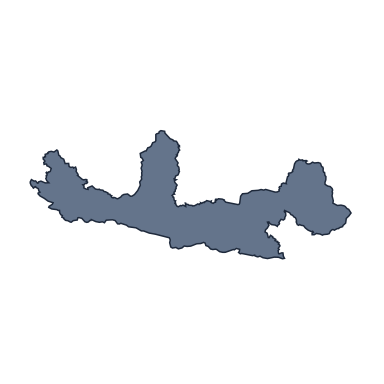 Pyinoolwin, Mandalay, Myanmar, rotated 284°
{"feature_id": "60261553B76986100212845", "entity_name": "Pyinoolwin", "entity_type": "district", "adm_level": 2, "iso_a3": "MMR", "parent_name": "Myanmar", "parent_adm1": "Mandalay", "projection": "robinson", "projection_center": [96.329, 22.676], "detail": "fine", "context": "isolated", "style": "filled", "palette": "slate", "viewbox_px": 384, "rotation_deg": 284, "n_neighbors": 0, "source": "geoboundaries", "source_scale": "gbopen_adm2", "svg_char_len": 6048}
<svg xmlns="http://www.w3.org/2000/svg" viewBox="0 0 384 384"><g transform="rotate(284 192 192)"><path d="M249.9,296.1L250.2,295.3L249.1,292.1L249.9,291.6L249.1,289.3L249.6,287.8L248.6,287.8L247.4,286.1L246.4,285.4L244.1,284.7L239.1,284.9L237.4,284.3L236.2,284.8L234.4,283.2L233.8,281.4L232.8,281.1L232.2,281.8L230.6,281.7L230.0,281.0L223.7,281.0L222.9,281.5L222.8,278.4L221.4,276.9L219.1,277.2L218.4,275.7L217.5,275.4L216.5,276.3L215.4,275.8L214.1,276.4L212.7,274.8L212.0,272.8L212.3,262.8L211.2,261.2L211.1,258.4L209.7,255.9L207.7,249.8L204.2,246.4L202.5,241.4L199.6,240.2L192.7,241.0L191.5,240.7L190.9,239.6L190.3,227.2L191.7,225.0L192.1,225.1L192.4,223.0L191.8,219.2L190.1,217.7L190.9,217.1L190.6,216.6L189.6,216.6L189.5,217.5L188.4,216.9L187.7,217.2L187.5,216.4L186.1,215.3L186.5,212.9L187.9,212.9L187.2,212.0L187.2,208.3L185.8,207.3L185.4,206.4L184.7,206.4L184.5,205.2L183.5,204.3L183.7,203.1L183.1,203.5L182.5,202.4L181.6,202.0L181.9,200.6L179.3,197.8L178.6,195.9L179.0,195.3L178.4,192.1L179.0,191.1L178.6,189.3L179.6,188.7L179.6,188.2L176.4,189.4L177.1,186.4L176.0,185.0L176.1,184.1L174.4,182.3L174.5,181.0L176.1,179.2L177.1,178.9L176.9,178.2L179.4,178.2L179.1,177.6L179.9,176.6L182.4,175.6L182.4,174.8L183.2,174.6L183.8,173.5L185.2,174.3L185.7,175.6L186.5,174.8L187.8,174.7L188.4,175.5L190.6,175.2L191.4,175.8L193.0,175.3L195.1,175.9L197.2,173.0L198.7,172.2L200.1,173.7L200.1,171.6L200.5,171.4L201.0,172.1L203.6,172.3L205.2,174.3L209.0,174.8L209.5,173.9L210.4,174.2L212.9,173.2L214.0,171.5L215.2,171.1L216.8,171.5L220.3,167.6L221.6,167.7L223.3,168.8L224.1,168.1L224.3,168.9L226.0,168.6L227.2,169.2L228.9,169.2L229.7,169.9L231.9,167.9L233.0,167.8L232.9,168.9L234.0,168.6L234.7,166.8L235.6,166.5L237.4,164.6L237.2,161.6L238.0,160.9L238.4,157.9L242.6,151.5L244.3,150.8L244.0,147.0L242.7,145.6L241.1,145.6L239.8,143.5L239.0,143.0L233.0,144.5L231.7,144.0L230.3,141.9L226.8,141.3L225.2,140.1L224.2,138.4L220.8,137.6L220.5,136.6L216.9,132.4L213.2,133.9L212.8,135.3L210.8,137.2L208.6,135.5L206.2,137.2L202.8,136.9L199.9,138.6L198.5,138.5L195.9,139.4L194.5,139.1L192.3,140.1L189.1,138.8L186.1,140.2L180.3,139.0L175.6,136.8L173.4,134.7L173.0,133.4L174.5,130.0L173.1,126.4L171.8,125.0L169.9,124.1L167.5,121.6L167.4,120.6L167.9,118.5L167.7,117.2L167.2,117.0L167.3,115.5L168.3,114.6L168.9,115.0L169.2,113.5L169.9,113.0L169.8,110.9L170.7,110.7L171.3,108.0L171.2,106.5L172.2,105.1L171.8,102.4L172.3,101.3L171.7,100.3L171.5,97.6L173.7,93.6L170.9,89.8L169.4,90.5L169.2,88.7L169.8,86.1L171.6,85.8L172.6,84.4L172.9,85.4L174.5,86.3L174.8,87.7L175.9,88.3L176.3,88.3L176.8,87.0L177.2,87.4L178.5,87.0L178.5,86.0L177.6,83.9L177.7,82.5L180.3,77.1L180.6,77.5L181.6,77.1L183.9,74.6L185.9,74.4L188.0,73.0L186.7,71.4L187.1,71.3L187.3,70.2L186.5,68.4L187.0,66.6L189.9,65.4L188.9,62.0L192.8,59.6L193.6,56.4L195.1,55.1L195.4,53.9L199.4,51.9L200.1,50.7L197.4,48.4L197.4,45.6L196.3,43.3L195.1,42.5L194.5,42.9L193.0,40.4L190.9,41.2L190.7,40.5L189.9,40.6L189.6,39.2L187.9,39.7L186.8,41.5L185.8,41.9L184.9,41.0L183.0,41.8L183.9,43.6L183.7,44.3L182.3,44.9L182.1,46.7L180.8,49.7L177.7,49.5L176.9,48.7L176.9,48.1L175.8,47.6L176.1,46.2L175.4,45.8L174.2,47.1L172.9,47.2L172.7,46.6L170.8,47.2L169.7,46.9L167.8,48.4L166.3,50.8L165.3,47.4L166.0,42.8L164.7,40.7L163.3,40.4L163.2,39.9L164.9,37.6L164.4,36.0L165.2,33.2L162.7,32.6L161.5,32.9L159.2,34.6L158.7,35.9L157.7,36.7L157.4,37.3L159.1,38.3L159.4,39.0L158.7,39.4L158.1,42.0L155.9,43.2L155.1,44.5L153.7,42.9L153.0,43.1L151.4,45.5L150.1,50.2L148.3,54.6L148.0,59.8L146.2,59.4L143.5,56.8L142.4,56.7L141.6,60.0L142.2,65.1L141.7,66.8L142.1,67.9L139.8,68.7L138.2,70.3L137.8,71.9L136.1,71.8L135.7,73.9L135.1,74.0L133.9,76.1L134.1,78.6L133.4,81.1L133.5,82.2L135.5,83.7L137.1,87.5L139.2,87.4L139.8,88.4L139.8,91.5L137.2,95.3L137.1,97.3L137.9,98.8L139.6,99.7L139.9,100.8L140.9,100.9L140.0,105.8L140.2,109.5L141.4,112.3L141.0,114.5L143.9,115.6L145.8,121.6L145.7,124.4L143.1,127.5L143.4,129.3L144.4,130.5L144.0,136.5L142.9,138.8L143.7,146.4L142.0,152.2L142.5,154.5L141.8,160.4L142.2,166.6L142.1,181.1L140.2,182.5L137.4,182.6L133.5,184.7L132.9,186.6L134.3,189.8L133.5,192.5L135.3,195.8L137.7,197.5L138.0,200.4L139.2,203.9L142.9,209.1L144.1,212.9L145.9,215.5L145.6,217.1L143.4,218.4L143.1,221.0L141.2,223.8L141.2,226.1L142.2,228.6L142.2,229.8L140.8,233.2L140.9,236.5L141.6,239.0L146.2,246.0L146.1,247.0L147.9,248.6L147.9,252.1L145.9,252.3L144.6,251.8L143.7,253.8L144.4,255.1L144.9,266.2L145.9,268.1L145.3,268.4L145.0,270.4L145.0,271.6L146.2,273.5L145.4,276.7L145.7,281.4L148.7,287.6L149.6,291.7L149.1,296.0L150.0,297.8L151.8,296.2L154.9,295.0L154.6,293.7L153.0,291.4L153.2,290.9L156.2,289.7L157.3,290.5L158.3,289.3L161.0,290.4L161.9,289.7L162.2,288.5L163.7,288.8L163.8,287.0L164.7,287.1L164.9,284.3L166.3,284.7L167.3,281.3L168.1,281.2L169.0,278.7L166.4,277.9L166.3,277.0L170.2,274.9L170.9,272.5L173.1,272.5L175.2,273.8L178.4,274.7L181.0,272.5L181.6,273.8L180.6,274.7L179.6,277.0L180.0,280.7L179.3,283.1L180.2,283.1L181.7,284.3L182.6,284.5L183.4,283.7L187.0,285.0L186.9,287.4L188.4,288.5L189.5,288.2L192.0,288.7L195.2,287.6L194.8,286.9L195.3,286.3L196.5,286.3L195.5,291.8L194.0,293.4L193.7,295.3L192.4,297.0L192.1,298.5L190.6,299.8L188.8,300.5L188.2,300.3L185.8,302.1L185.5,303.6L186.5,304.4L186.1,305.9L186.3,308.4L184.5,310.7L183.1,313.8L182.4,317.7L183.1,318.6L182.3,319.6L180.9,318.5L179.6,318.9L180.1,320.9L181.8,322.6L182.2,326.4L181.7,329.0L182.6,330.1L183.8,333.6L184.8,335.2L187.5,335.8L189.4,337.2L189.7,337.9L189.4,339.4L191.5,341.6L192.0,343.2L193.0,343.6L194.8,346.5L196.0,346.6L199.0,348.6L203.7,348.1L206.7,350.0L210.1,351.4L213.1,348.2L213.4,346.4L215.0,344.2L215.4,342.7L215.3,339.7L214.1,336.3L215.3,331.4L217.7,331.2L222.2,328.8L225.2,328.6L226.0,327.9L227.9,328.0L229.3,327.1L230.7,324.8L230.6,322.2L231.6,319.3L233.4,318.7L236.2,318.9L239.4,318.2L240.2,317.0L243.0,315.9L243.0,315.0L244.3,314.1L246.7,313.6L247.8,312.9L248.0,311.7L250.9,309.7L251.1,307.4L249.8,303.9L250.1,301.7L248.3,300.2L247.5,298.9L247.2,297.3L247.4,296.2L248.3,295.2L249.1,295.2L249.9,296.1Z" fill="#64748b" stroke="#1e293b" stroke-width="1.5"/></g></svg>